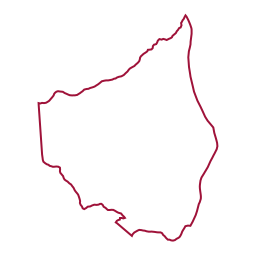 the district of Tocantinópolis, Tocantins, Brazil
{"feature_id": "56859067B84372438534846", "entity_name": "Tocantinópolis", "entity_type": "district", "adm_level": 2, "iso_a3": "BRA", "parent_name": "Brazil", "parent_adm1": "Tocantins", "projection": "mercator", "projection_center": [-47.544, -6.231], "detail": "fine", "context": "isolated", "style": "outline", "palette": "rose", "viewbox_px": 256, "rotation_deg": 0, "n_neighbors": 0, "source": "geoboundaries", "source_scale": "gbopen_adm2", "svg_char_len": 3101}
<svg xmlns="http://www.w3.org/2000/svg" viewBox="0 0 256 256"><path d="M190.4,225.8L192.7,221.6L195.7,215.1L197.0,211.1L198.8,204.1L199.7,202.3L200.8,198.8L200.9,197.0L200.8,195.3L200.5,193.1L200.2,191.0L199.9,188.5L199.8,186.6L199.9,184.9L200.1,183.3L200.5,180.5L201.0,179.0L201.5,177.5L204.0,173.5L204.8,172.1L205.6,170.8L207.8,167.1L210.5,161.1L212.3,157.8L213.5,155.4L214.6,153.4L216.7,149.2L217.4,146.2L217.1,142.9L216.4,140.1L215.7,137.6L214.3,132.9L213.3,127.5L210.3,123.9L207.6,120.7L205.1,116.7L202.9,111.8L200.6,106.9L197.4,100.6L194.0,91.6L193.0,87.2L190.5,76.7L190.1,73.9L189.6,70.7L189.0,67.0L188.3,57.3L188.9,51.2L189.8,47.7L190.5,44.4L190.6,41.7L191.6,33.8L191.6,29.7L191.4,28.2L190.3,24.9L189.3,22.4L188.3,20.1L186.5,16.6L185.5,15.4L184.5,17.2L183.7,19.0L182.6,20.3L181.9,21.8L181.1,23.0L181.5,25.3L180.6,27.5L179.1,28.1L178.0,29.9L176.8,31.2L175.8,33.1L173.9,34.7L172.5,35.9L171.9,37.3L170.7,38.1L168.8,38.9L166.7,40.0L164.8,39.3L163.2,38.9L161.7,39.6L159.4,39.1L157.8,40.7L157.1,42.6L156.2,44.1L154.0,44.7L152.9,46.1L152.7,48.1L151.5,49.4L149.4,49.7L147.9,49.8L147.3,51.3L145.7,52.5L143.5,53.9L142.0,55.3L140.9,56.3L140.1,57.6L139.8,59.4L139.3,61.0L138.2,62.4L136.8,63.7L135.6,64.7L134.4,66.0L132.5,67.0L131.1,67.8L129.8,68.6L128.7,69.8L127.5,71.5L125.7,73.1L123.8,75.0L121.4,76.3L118.9,76.8L117.0,77.5L115.6,78.5L114.1,78.7L112.3,79.6L110.3,80.0L108.2,80.4L106.1,80.4L104.2,80.7L101.8,81.3L99.8,83.0L98.0,84.4L96.2,85.5L94.9,86.4L93.5,87.0L91.9,87.5L90.1,88.0L88.5,88.8L86.5,89.0L84.2,89.6L82.6,91.2L81.2,92.2L79.9,93.2L78.4,94.1L77.2,94.9L75.1,95.3L71.9,95.4L69.7,95.2L68.0,94.5L66.5,93.8L64.8,93.1L62.8,91.8L60.0,91.5L58.0,91.2L56.4,91.7L55.1,92.7L54.2,93.8L53.6,95.5L52.2,97.3L50.8,98.9L49.2,100.8L47.4,102.0L45.9,102.8L44.0,103.1L42.0,102.9L40.2,103.5L38.6,103.1L38.7,105.2L42.1,154.6L42.6,158.1L42.8,159.8L43.4,161.7L45.3,163.3L46.9,164.3L48.5,164.8L49.6,165.8L51.5,166.3L52.9,166.8L54.6,166.7L56.4,166.5L58.3,166.7L59.9,167.6L60.1,169.5L59.9,171.1L60.3,172.8L61.8,174.6L63.1,176.1L63.6,177.8L64.5,179.5L65.8,180.5L67.6,181.6L69.3,183.3L71.1,184.5L72.2,186.1L73.5,187.7L74.8,190.4L76.0,192.0L77.1,193.3L78.1,194.6L78.7,196.2L79.3,198.0L79.8,199.7L80.1,201.2L79.9,203.0L80.6,204.8L81.9,206.4L82.7,208.3L84.2,209.1L86.2,208.0L87.7,206.7L90.3,206.4L92.0,205.5L94.3,204.7L96.7,204.9L98.6,204.6L100.0,203.9L101.5,203.9L102.9,205.2L103.6,206.7L105.6,207.9L106.8,209.1L107.9,210.0L109.7,210.0L111.5,209.8L113.3,209.9L115.2,210.9L116.6,211.8L118.3,212.7L121.1,213.5L122.6,215.4L124.0,216.7L124.9,217.9L123.4,218.4L121.8,218.0L120.0,218.0L119.8,219.6L118.1,220.1L116.8,220.9L115.8,222.4L117.1,223.3L131.9,235.9L132.6,234.3L134.3,232.5L136.2,231.4L137.6,230.6L139.2,229.9L141.3,230.1L143.0,230.5L144.8,230.7L146.6,231.3L149.0,231.7L151.7,231.6L154.5,231.9L157.1,232.3L159.0,232.4L160.6,232.4L162.1,233.2L163.2,235.0L164.6,236.1L166.2,238.1L167.9,239.7L169.6,239.7L171.2,240.4L173.0,240.6L174.9,240.1L176.6,238.8L178.0,238.1L179.4,237.2L180.5,235.6L181.4,233.8L182.2,231.6L183.2,229.9L184.1,228.5L185.4,226.2L187.9,225.6L190.4,225.8Z" fill="none" stroke="#9f1239" stroke-width="2"/></svg>